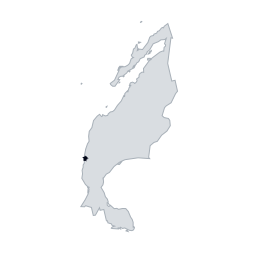 San Marcos, Guerrero, Mexico shown in context, rotated 77°
{"feature_id": "50627088B28272611145429", "entity_name": "San Marcos", "entity_type": "district", "adm_level": 2, "iso_a3": "MEX", "parent_name": "Mexico", "parent_adm1": "Guerrero", "projection": "mercator", "projection_center": [-99.468, 16.852], "detail": "fine", "context": "in_parent", "style": "filled", "palette": "ink", "viewbox_px": 256, "rotation_deg": 77, "n_neighbors": 0, "source": "geoboundaries", "source_scale": "gbopen_adm2", "svg_char_len": 4459}
<svg xmlns="http://www.w3.org/2000/svg" viewBox="0 0 256 256"><g transform="rotate(77 128 128)"><path d="M35.2,65.7L50.5,64.4L49.8,65.9L74.0,74.8L92.1,74.8L92.1,71.4L103.3,71.5L105.2,73.9L113.1,80.3L115.0,85.7L116.4,87.8L123.7,92.0L126.0,90.4L127.8,86.5L130.0,85.6L135.3,86.3L139.7,90.7L142.6,96.9L147.6,102.5L147.9,106.0L150.2,110.4L161.2,114.5L162.7,113.8L159.3,124.9L158.2,138.0L158.7,140.8L161.6,144.5L161.0,146.5L161.2,144.5L158.8,141.3L159.5,144.2L162.4,150.3L167.1,156.1L168.1,159.6L171.4,163.3L170.5,163.2L172.4,164.0L171.8,163.5L175.2,164.0L177.7,165.2L179.8,167.6L185.6,165.8L189.9,165.5L192.7,164.1L195.7,163.9L196.3,164.4L196.1,165.1L198.5,165.6L200.1,164.5L199.7,162.6L198.9,163.1L199.1,162.7L203.5,159.6L203.8,157.0L205.1,155.5L205.2,151.4L206.0,148.3L209.4,146.5L215.4,145.5L218.0,144.5L221.0,144.2L225.8,145.3L226.2,144.6L224.9,144.6L226.6,144.1L228.5,145.5L228.9,147.3L227.9,149.8L224.7,153.6L224.6,156.1L223.0,157.6L223.3,158.2L224.7,158.0L223.2,159.6L223.2,160.2L224.2,160.0L222.3,166.3L221.8,166.8L220.8,165.4L220.6,163.1L219.1,165.5L217.7,165.7L215.9,168.9L213.8,168.9L213.6,169.9L202.0,169.9L201.9,173.7L199.3,173.7L205.6,179.4L205.4,181.5L197.2,181.5L194.2,186.8L195.0,188.1L194.0,191.6L188.1,185.7L183.3,181.7L180.4,180.1L180.0,180.5L182.7,181.9L178.5,180.7L178.8,179.7L177.7,180.1L177.0,179.2L176.2,180.2L177.6,180.6L175.5,180.8L173.4,182.2L166.7,184.3L162.4,182.6L158.8,182.2L156.3,180.6L153.9,180.0L152.4,178.5L146.4,177.2L139.1,174.0L134.3,171.0L132.2,168.9L127.2,168.2L122.5,166.5L119.5,163.1L113.0,159.9L109.5,155.3L108.3,152.6L110.9,151.2L110.5,150.1L109.3,149.7L111.1,147.5L111.2,145.0L109.8,144.1L108.4,141.6L108.5,139.3L107.5,137.2L103.6,133.2L100.2,128.5L94.9,124.3L96.5,125.1L96.5,124.2L93.7,123.3L91.6,120.1L93.1,120.2L89.0,117.9L88.4,116.8L86.9,117.2L86.6,116.7L87.8,115.5L85.8,116.5L84.6,115.5L84.3,113.3L85.8,111.4L86.3,111.8L85.3,109.8L84.0,108.5L82.2,108.6L81.0,105.9L78.9,105.3L77.6,104.1L76.7,101.7L77.3,100.2L73.5,99.5L66.9,91.8L66.5,90.0L65.5,89.4L61.2,79.8L60.8,76.9L61.2,75.9L57.6,74.7L56.7,73.1L55.5,72.6L54.2,73.5L49.2,70.5L50.1,72.4L49.5,76.1L50.7,79.0L51.6,84.5L56.7,89.3L58.3,92.5L59.1,92.4L59.5,93.3L60.2,93.5L60.9,95.5L62.4,96.2L63.2,100.5L65.8,102.7L66.7,105.1L67.9,105.9L68.8,108.7L69.8,109.4L69.2,107.3L70.7,108.5L72.4,115.1L74.1,116.9L76.3,121.6L76.0,123.5L76.5,125.3L78.3,126.9L79.0,125.2L84.4,131.3L83.9,133.5L81.8,135.1L80.6,135.3L78.4,130.4L69.9,123.8L69.2,123.8L67.5,121.8L67.1,120.3L67.6,117.2L66.8,114.2L65.5,112.0L61.4,109.4L60.5,106.8L59.8,107.9L57.7,108.4L56.2,106.7L52.3,104.9L51.7,103.3L48.8,101.2L48.5,100.4L51.5,100.8L53.2,100.2L53.2,100.9L54.7,101.6L54.1,99.8L53.5,99.7L54.8,96.2L49.2,89.4L44.5,86.4L43.6,84.9L43.6,82.4L42.4,81.6L42.0,78.7L40.5,77.5L40.3,75.7L38.2,73.0L37.8,71.8L38.4,70.9L37.0,69.8L35.2,65.7ZM66.6,91.9L66.1,93.7L64.6,93.1L65.2,90.5L66.1,90.2L66.6,91.9ZM60.5,91.6L58.4,89.7L57.8,87.8L58.9,88.4L59.2,89.5L60.2,89.8L60.5,91.6ZM227.8,153.1L227.3,152.6L227.5,151.8L228.9,151.2L227.8,153.1ZM67.6,123.8L66.0,122.1L66.9,118.6L66.7,121.8L67.6,123.8ZM47.7,98.7L46.5,98.5L47.3,96.6L47.8,98.0L47.7,98.7ZM28.1,92.4L27.1,91.2L27.3,90.6L27.6,90.7L28.1,92.4ZM68.8,123.9L69.8,125.2L67.8,123.9L68.8,123.9ZM103.0,144.2L102.8,144.7L102.3,144.5L102.1,143.6L103.0,144.2ZM76.9,120.3L77.2,121.4L76.2,120.1L76.9,120.3ZM73.1,113.3L73.7,113.8L72.9,114.7L73.1,113.3ZM74.8,163.7L74.5,163.8L73.9,163.4L74.4,162.9L74.8,163.7ZM197.7,163.9L196.7,164.1L198.5,163.6L197.7,163.9ZM82.0,126.4L81.5,126.2L81.4,125.2L82.0,126.4Z" fill="#d9dde1" stroke="#a8b0b8" stroke-width="1"/><path d="M147.3,175.2L147.2,175.2L147.0,175.3L146.9,175.4L147.0,175.4L147.0,175.5L147.3,175.6L147.5,175.5L147.6,175.4L147.8,175.5L147.7,175.7L147.7,175.8L147.4,175.9L147.5,175.9L147.5,176.1L147.5,176.3L147.5,176.5L147.4,176.5L147.2,176.7L147.0,176.8L147.0,177.0L146.9,177.0L147.0,177.2L147.0,177.3L147.0,177.5L147.1,177.4L147.4,177.4L147.5,177.4L147.7,177.5L147.8,177.5L148.0,177.5L148.4,177.6L148.5,177.6L149.0,177.7L149.2,177.8L149.3,177.8L149.5,177.8L149.5,177.7L149.5,177.4L149.6,177.2L149.6,176.9L149.6,176.7L149.4,176.7L149.5,176.7L149.4,176.7L149.5,176.6L149.4,176.6L149.2,176.5L149.2,176.3L149.2,176.2L148.9,176.2L148.9,176.3L148.7,176.0L148.6,175.9L148.5,176.0L148.4,175.9L148.4,176.1L148.2,175.9L148.2,175.7L148.4,175.8L148.4,175.7L148.2,175.5L148.3,175.3L148.1,175.3L148.0,175.2L147.9,175.0L147.9,174.9L147.8,175.0L147.7,175.1L147.4,175.2L147.3,175.2Z" fill="#0f172a" stroke="#020617" stroke-width="1.5"/></g></svg>